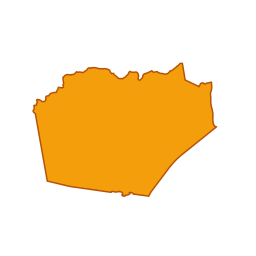 Lepaera, Lempira, Honduras (Mercator projection), rotated 70°
{"feature_id": "27666195B68722731922498", "entity_name": "Lepaera", "entity_type": "district", "adm_level": 2, "iso_a3": "HND", "parent_name": "Honduras", "parent_adm1": "Lempira", "projection": "mercator", "projection_center": [-88.631, 14.834], "detail": "fine", "context": "isolated", "style": "filled", "palette": "amber", "viewbox_px": 256, "rotation_deg": 70, "n_neighbors": 0, "source": "geoboundaries", "source_scale": "gbopen_adm2", "svg_char_len": 5364}
<svg xmlns="http://www.w3.org/2000/svg" viewBox="0 0 256 256"><g transform="rotate(70 128 128)"><path d="M77.8,110.0L78.2,111.1L78.5,111.5L79.0,112.8L79.3,113.3L79.3,114.5L79.8,115.4L79.9,115.8L79.8,116.1L79.3,117.3L78.8,118.6L78.6,119.2L78.5,119.6L78.4,119.7L78.2,119.9L77.2,120.3L76.8,120.6L74.8,121.7L74.3,122.0L74.1,122.2L73.9,122.5L73.0,122.8L72.1,122.8L71.9,122.8L71.6,123.1L71.5,123.5L71.4,124.6L71.2,124.7L71.0,124.9L69.7,125.4L68.4,125.5L67.5,125.6L67.3,125.7L67.0,125.8L66.7,126.1L66.0,126.8L65.8,127.0L65.6,127.4L65.2,127.9L64.9,128.4L63.9,130.3L64.0,131.3L64.0,131.5L63.8,131.8L63.5,132.1L62.8,133.5L62.7,133.9L62.4,134.9L61.6,136.0L61.2,136.4L60.9,136.9L59.8,138.9L59.4,139.9L59.3,140.3L59.0,141.6L59.1,141.8L59.2,142.5L59.1,142.8L58.7,143.0L58.4,143.2L58.2,143.5L58.2,143.9L58.2,144.7L58.3,145.3L58.5,145.7L58.8,146.0L59.0,146.3L59.4,146.9L59.5,147.3L59.7,147.7L59.8,148.4L60.0,149.5L60.1,149.8L60.5,150.6L60.5,150.8L60.6,151.0L60.5,151.3L60.3,151.6L60.1,152.1L59.7,152.7L58.9,154.3L58.6,154.8L58.6,155.0L58.6,155.3L58.7,155.8L58.6,156.2L57.7,156.9L57.6,157.0L57.7,157.4L57.9,158.0L58.2,158.5L58.8,159.5L58.9,159.8L59.1,160.9L59.0,161.1L58.7,161.7L58.5,163.1L58.4,163.2L58.5,163.8L58.5,164.1L58.2,164.4L57.7,165.4L57.2,166.2L57.1,166.4L57.0,167.1L56.9,167.8L57.0,168.9L57.2,169.5L57.8,170.7L58.0,171.2L58.0,171.5L58.5,171.9L60.3,172.4L61.4,172.7L63.4,173.1L64.0,173.2L64.3,173.4L64.6,173.5L64.9,174.0L65.4,174.4L65.7,174.4L66.6,174.4L66.8,174.5L67.1,174.6L67.7,175.0L67.7,175.7L67.7,176.0L67.6,176.3L67.5,176.5L66.8,177.9L66.6,178.4L66.2,179.2L66.0,179.5L66.5,179.9L67.1,180.2L67.2,180.3L68.5,181.8L69.6,182.8L69.8,183.1L70.0,183.4L70.0,183.6L69.9,183.9L69.8,184.2L69.5,184.5L69.2,186.3L69.2,187.2L69.0,188.6L69.1,189.1L69.4,189.8L69.7,190.3L70.2,191.0L70.4,191.4L70.4,191.7L70.5,191.9L70.5,192.1L70.2,193.2L70.2,193.8L70.3,194.1L70.5,194.4L71.1,194.8L71.4,194.9L72.0,195.0L72.3,195.1L72.9,195.4L73.4,195.7L73.7,195.9L74.1,196.5L74.3,196.9L74.4,197.3L74.4,197.7L74.3,198.1L74.0,199.3L73.8,199.6L73.6,199.9L73.1,200.1L71.6,201.2L71.3,201.5L71.0,201.8L70.8,202.3L70.5,202.9L70.3,203.3L70.2,203.5L70.3,203.9L70.3,204.1L70.5,204.3L71.2,204.4L72.3,204.2L72.5,204.3L73.4,205.1L73.9,205.7L74.0,205.8L74.5,205.9L74.9,206.1L75.1,206.2L75.2,206.4L75.2,206.6L75.2,206.9L75.1,207.3L74.8,207.8L74.7,208.1L74.7,208.5L74.8,208.8L75.3,208.7L75.8,208.8L76.0,208.9L76.6,209.2L78.1,209.7L78.2,209.8L78.3,209.9L78.8,210.7L79.1,211.0L79.4,211.3L79.8,211.4L80.3,211.4L80.8,211.3L82.6,210.3L83.0,210.2L83.4,210.2L83.6,210.2L83.7,210.3L150.3,222.0L163.1,202.5L182.5,166.2L182.6,165.8L182.5,165.7L182.3,165.6L182.3,165.4L182.2,164.8L182.3,164.4L182.4,164.1L182.9,163.3L183.5,162.2L183.9,161.6L184.1,161.1L184.2,160.6L184.3,160.2L184.5,159.3L184.4,158.5L184.4,158.2L185.0,157.7L185.2,157.4L185.5,156.8L185.6,156.5L185.8,156.2L186.1,155.9L186.3,155.7L186.7,155.5L187.6,155.5L188.1,155.4L188.3,155.4L188.5,155.6L188.8,156.0L188.8,156.3L188.8,156.6L189.0,156.6L189.3,156.5L189.6,156.5L189.8,156.4L190.9,154.6L191.0,154.3L190.6,153.8L190.5,153.6L190.4,153.4L190.5,153.0L190.5,152.5L190.5,152.1L190.6,151.7L190.8,151.3L190.8,150.6L190.8,150.1L190.6,149.7L190.5,148.9L190.5,148.7L190.3,148.7L190.0,148.7L189.5,148.9L189.4,148.9L189.2,148.8L189.2,148.6L189.3,148.0L189.8,147.0L190.6,146.0L190.9,145.8L191.1,145.7L191.4,145.6L191.8,145.7L192.0,145.6L192.1,145.4L192.1,145.2L199.1,131.9L195.9,128.2L179.4,102.9L178.6,101.6L177.1,98.9L176.3,97.5L174.9,94.8L173.6,92.0L172.2,88.6L157.2,44.6L156.9,44.8L156.6,45.3L156.5,45.5L156.1,45.8L155.6,46.0L154.9,46.2L154.1,46.3L153.4,46.3L152.6,46.3L152.1,46.2L151.2,46.0L149.4,45.5L147.4,44.8L144.7,43.7L143.9,43.5L143.0,43.2L141.4,42.9L140.0,42.7L136.1,42.3L134.6,42.0L133.4,41.8L131.5,41.2L129.4,40.4L128.0,39.9L127.3,39.7L125.6,39.3L124.3,38.9L123.6,38.6L122.9,38.2L122.2,37.7L121.4,37.0L121.0,36.7L120.4,36.3L119.7,36.0L118.4,35.4L115.9,34.6L114.3,34.1L113.7,34.0L113.4,34.1L113.2,35.1L113.3,35.4L113.2,36.5L113.1,37.6L112.8,38.2L112.7,38.8L112.8,39.2L113.0,39.8L112.9,40.6L112.7,41.2L112.4,41.4L112.1,41.6L111.7,41.6L111.4,42.0L110.9,43.3L111.1,44.6L111.3,44.9L111.9,45.3L112.1,45.5L112.4,46.1L112.5,46.6L112.6,46.8L112.8,47.0L113.3,47.2L102.4,57.9L85.9,54.8L85.3,56.3L85.2,56.6L85.2,56.9L86.6,59.7L86.6,59.9L86.6,60.4L86.9,61.1L87.9,63.6L88.2,64.7L88.9,66.7L89.0,67.1L89.0,67.5L88.9,67.8L88.8,68.3L88.7,68.6L88.8,68.8L88.9,69.2L89.1,69.5L89.5,70.0L90.1,71.3L90.2,71.6L90.3,71.8L90.4,72.1L90.3,73.0L90.4,73.3L90.4,73.5L90.3,73.9L90.0,75.1L89.1,76.3L88.4,77.2L88.3,77.5L88.1,78.0L87.7,78.9L87.6,79.1L87.2,79.5L86.3,80.4L86.0,80.7L85.2,81.2L85.0,81.4L84.9,81.6L84.8,81.9L84.8,83.1L84.4,84.4L84.2,84.9L84.0,85.2L83.7,85.5L83.0,85.7L82.6,85.9L82.4,86.2L82.3,86.4L82.4,86.9L82.6,88.0L82.7,89.5L82.9,90.9L82.9,91.5L82.7,93.7L82.8,94.2L82.8,94.6L83.0,95.0L83.2,95.3L83.4,95.6L83.7,95.9L84.2,96.3L84.9,96.6L85.2,96.9L85.5,97.1L85.9,97.7L86.5,99.0L86.9,99.6L87.0,99.8L87.1,100.0L87.1,100.3L87.0,100.7L86.8,100.9L86.7,101.1L86.5,101.4L86.2,101.5L85.9,101.7L85.7,101.7L85.4,101.7L85.2,101.6L84.8,101.4L83.6,100.7L81.8,100.0L80.8,100.0L79.7,100.1L79.3,100.3L79.0,100.4L78.7,100.6L78.3,101.1L78.1,101.5L78.0,101.8L77.9,102.5L77.7,103.2L77.2,104.4L76.7,105.7L76.7,105.8L76.0,106.3L75.7,106.4L75.6,106.6L75.6,106.8L75.6,107.3L75.8,107.7L76.5,108.6L76.9,108.8L77.2,109.2L77.7,109.8L77.8,110.0Z" fill="#f59e0b" stroke="#b45309" stroke-width="1.5"/></g></svg>